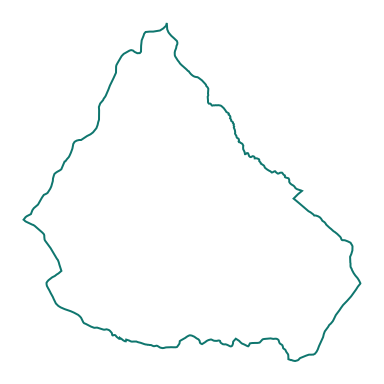 Cerinza, Boyacá, Colombia
{"feature_id": "7082276B99434629826727", "entity_name": "Cerinza", "entity_type": "district", "adm_level": 2, "iso_a3": "COL", "parent_name": "Colombia", "parent_adm1": "Boyacá", "projection": "albers", "projection_center": [-72.96, 5.971], "detail": "fine", "context": "isolated", "style": "outline", "palette": "teal", "viewbox_px": 384, "rotation_deg": 0, "n_neighbors": 0, "source": "geoboundaries", "source_scale": "gbopen_adm2", "svg_char_len": 5965}
<svg xmlns="http://www.w3.org/2000/svg" viewBox="0 0 384 384"><path d="M319.0,346.1L323.1,337.1L323.8,334.1L324.8,331.4L328.2,326.8L329.2,325.0L330.8,323.6L332.8,321.2L333.7,319.5L335.8,315.1L339.4,310.3L341.0,307.9L343.1,305.0L347.1,300.9L351.1,296.4L356.0,289.6L357.9,286.6L360.2,283.8L360.4,283.3L359.1,280.6L357.6,278.2L355.3,275.5L353.7,273.2L352.0,270.0L351.5,268.5L350.8,267.5L350.5,266.2L350.5,263.3L350.3,262.6L350.1,256.8L351.3,254.1L352.4,250.4L352.5,246.4L352.2,245.5L350.5,242.7L347.6,241.3L345.2,240.4L344.2,240.2L342.5,240.2L341.8,239.9L341.3,239.1L341.0,238.1L340.3,236.9L337.2,233.9L334.8,232.0L333.5,231.2L330.9,228.8L329.7,227.9L326.6,225.0L326.0,224.4L325.7,223.6L324.4,222.1L322.4,220.8L321.1,218.7L319.9,217.4L318.3,216.4L315.8,215.5L314.2,215.5L313.4,214.5L310.5,212.3L308.5,211.2L298.8,202.9L293.6,198.6L298.1,194.1L302.0,190.9L301.4,190.6L297.1,189.2L296.1,188.6L295.2,187.8L294.7,186.9L294.1,186.2L293.1,185.4L291.5,184.5L290.3,183.5L289.4,182.3L289.2,181.3L289.3,180.2L288.9,179.0L288.5,178.3L285.4,177.4L284.9,177.0L284.9,175.5L284.3,175.2L283.3,174.4L282.7,173.4L282.0,172.7L280.5,172.7L279.7,172.9L278.7,173.5L277.6,173.5L275.8,172.1L275.3,171.3L274.5,171.3L272.6,172.3L271.8,172.5L270.4,171.3L269.3,170.8L267.3,169.6L265.1,167.9L264.7,167.3L264.3,166.2L263.8,165.5L261.4,163.9L260.8,163.6L260.7,162.7L260.2,162.2L259.2,161.0L259.3,160.1L259.1,159.4L258.5,159.0L257.0,158.4L256.3,158.3L254.7,158.4L254.6,157.3L254.1,156.7L253.7,156.4L252.6,156.2L250.9,157.1L250.2,157.0L249.2,156.2L248.2,153.6L247.8,153.1L246.9,153.1L245.6,154.1L245.0,154.1L244.5,151.8L243.2,149.2L243.1,147.0L243.3,145.6L242.3,143.8L241.2,143.1L240.6,142.9L239.8,142.1L239.0,142.1L238.6,141.5L239.0,140.4L238.8,139.4L238.5,138.7L237.0,137.8L236.5,136.9L236.4,135.9L235.3,134.2L235.0,133.3L235.2,132.6L235.0,130.8L234.8,129.9L233.8,127.6L234.2,126.6L233.8,125.9L233.6,125.2L233.9,124.2L232.9,123.1L233.0,122.4L232.5,121.8L231.3,121.0L231.1,120.6L231.1,119.6L230.0,118.2L230.4,117.4L230.3,116.5L229.8,115.6L228.6,114.6L228.9,113.9L228.5,113.2L226.3,111.9L225.7,110.8L223.8,108.2L221.5,106.1L220.7,105.6L218.6,105.2L216.3,105.3L215.6,105.2L214.2,105.4L213.3,105.3L212.4,105.6L211.7,105.4L211.0,104.2L210.2,103.6L209.0,103.7L208.4,103.1L208.0,102.1L208.0,100.4L207.7,96.7L208.2,95.5L208.2,94.6L208.0,93.7L208.3,88.8L207.9,87.9L207.3,87.0L206.3,86.0L205.9,84.7L204.6,83.2L201.9,80.3L199.1,78.2L197.6,77.2L196.0,77.0L194.4,76.6L192.8,75.7L191.1,74.3L189.4,72.3L188.9,71.4L187.8,70.8L186.7,69.6L181.5,65.0L180.0,63.5L178.9,61.8L177.8,60.5L175.2,56.4L174.8,55.2L174.7,52.7L175.0,51.0L176.1,48.2L176.5,45.9L177.3,44.1L177.4,42.7L177.2,41.9L176.9,41.0L174.3,38.5L171.3,35.8L169.5,33.7L168.5,32.4L167.2,29.3L166.8,23.0L166.0,25.8L163.3,28.4L160.0,30.5L153.2,31.6L149.7,31.6L145.6,32.0L144.2,33.7L143.5,35.9L141.7,40.3L141.1,45.9L141.0,51.7L139.8,53.1L137.3,53.2L134.6,51.9L132.9,50.5L131.1,50.1L129.5,50.6L123.7,53.9L121.6,56.1L117.8,62.6L116.4,65.2L116.1,66.6L116.0,72.7L113.6,78.0L109.9,85.6L108.4,89.6L105.8,95.6L105.2,96.7L103.7,98.7L103.1,100.1L100.2,103.5L98.9,107.0L99.1,110.3L99.0,119.7L98.2,122.2L97.6,125.0L96.4,128.2L93.0,132.4L90.5,134.3L87.1,136.0L81.1,140.0L79.1,140.0L76.7,140.6L74.6,141.8L73.3,143.9L72.4,148.6L70.9,152.7L69.7,155.4L68.8,157.1L67.0,159.1L65.4,161.3L64.6,161.5L61.3,169.3L59.6,170.5L57.2,171.8L55.6,172.9L54.4,174.0L53.8,175.7L53.0,178.5L52.8,181.1L51.3,186.4L50.2,188.8L48.8,191.0L47.5,193.0L46.0,193.9L43.8,194.9L41.9,197.7L38.0,204.6L33.8,208.2L32.4,210.2L30.9,214.1L26.8,216.2L25.5,217.2L23.6,219.7L24.2,220.1L24.9,220.9L25.9,221.6L32.6,224.8L33.2,224.9L34.6,225.8L42.5,232.7L43.4,233.7L44.0,234.4L44.3,235.7L44.3,237.0L44.6,239.7L45.2,240.8L50.5,248.0L56.9,258.8L57.8,259.9L58.5,261.6L59.0,263.1L59.3,264.4L61.4,270.9L58.5,273.4L56.7,274.5L54.8,276.0L52.2,277.3L48.5,280.2L47.2,281.7L46.5,282.9L46.6,284.5L46.9,285.9L48.1,288.2L49.1,289.9L50.8,293.3L52.8,296.9L53.7,299.0L55.9,303.5L58.3,305.9L60.7,307.4L64.6,309.1L70.7,311.2L73.9,312.6L78.2,314.9L80.0,316.5L81.1,317.8L83.3,322.3L84.1,323.2L85.8,323.9L91.0,326.6L94.2,327.8L97.1,327.6L103.1,329.5L104.1,329.7L105.1,329.6L106.5,329.3L108.0,329.7L109.2,330.2L110.0,330.9L111.7,332.8L112.1,334.1L112.1,334.8L112.6,335.4L113.0,335.4L113.7,335.1L114.4,335.0L115.0,335.1L115.5,335.4L116.7,336.9L119.2,338.8L119.6,338.8L119.8,337.8L121.0,338.8L121.3,338.7L122.9,340.1L124.1,340.8L124.8,341.2L125.8,341.3L126.2,339.6L129.3,340.6L130.6,341.3L131.7,341.6L136.2,341.5L138.1,342.2L140.6,342.8L144.6,344.2L145.9,344.5L146.8,344.5L147.4,344.8L148.8,344.8L149.5,345.0L150.3,345.0L151.2,345.1L153.3,346.1L154.2,346.2L156.6,345.7L157.4,345.9L160.2,347.6L162.4,348.1L163.7,348.0L166.0,347.4L171.0,347.2L175.4,347.3L176.2,347.2L177.1,346.9L179.2,344.0L179.5,343.3L179.8,341.1L181.0,340.3L185.6,337.7L186.4,337.0L187.9,336.1L188.9,335.6L189.8,335.3L190.7,335.4L191.8,335.6L194.3,336.7L196.8,338.5L198.4,339.3L199.3,340.4L199.6,340.9L199.9,342.4L200.1,342.9L200.6,343.4L202.0,344.1L202.7,343.7L205.4,342.0L206.6,341.0L208.4,340.1L210.7,339.5L211.3,339.5L213.6,340.6L214.5,340.8L216.9,340.9L218.3,340.5L219.0,340.5L220.0,340.9L220.2,341.3L220.3,342.1L220.6,342.6L221.2,343.1L222.9,344.2L224.3,344.4L225.6,344.3L227.4,344.9L229.9,346.2L230.6,346.4L231.3,346.3L232.2,345.7L233.0,343.6L233.1,341.9L233.6,341.1L235.8,338.7L239.2,340.9L240.6,342.4L241.9,343.5L244.3,344.5L247.0,345.9L248.1,346.3L248.8,345.7L249.9,343.4L250.9,343.2L252.5,343.0L257.8,342.9L259.6,342.6L260.4,341.8L262.3,339.7L262.6,339.4L264.0,339.0L270.6,338.4L273.2,338.9L275.5,338.7L276.5,338.8L277.5,339.2L278.4,339.9L278.7,340.5L279.3,342.5L279.8,343.4L280.4,343.9L281.6,344.6L282.4,345.3L283.0,347.1L283.1,348.0L283.6,348.6L285.1,349.6L285.5,350.1L286.2,351.7L288.1,354.4L288.3,355.7L288.4,359.2L290.9,360.1L291.5,360.0L292.6,360.5L294.3,360.9L295.2,361.0L297.7,360.3L298.6,359.7L299.7,358.4L300.3,358.0L306.2,355.6L308.8,354.7L313.3,354.6L314.9,353.8L316.6,351.7L317.8,349.4L319.0,346.1Z" fill="none" stroke="#0f766e" stroke-width="2"/></svg>